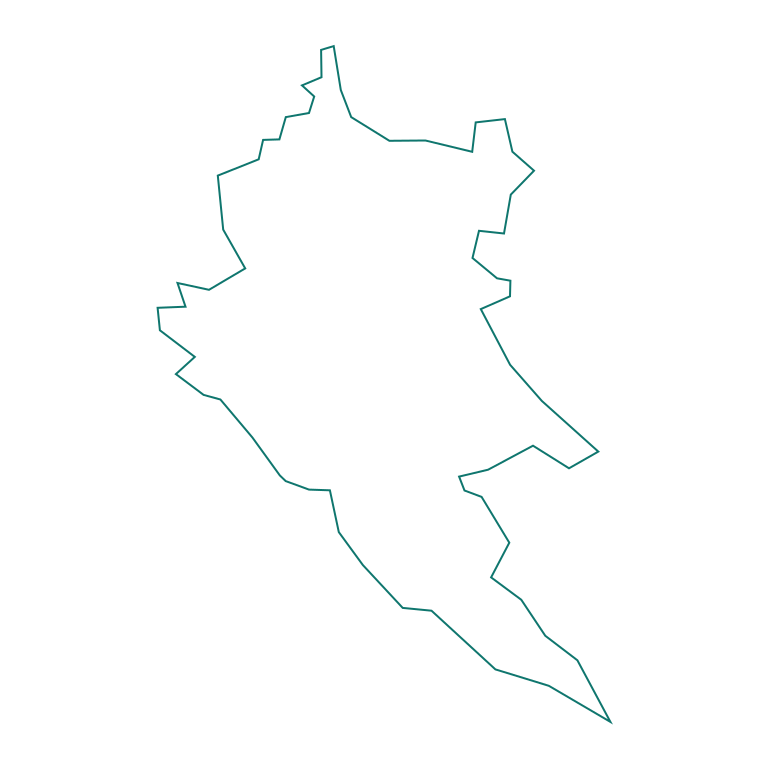 Dzhambay, Samarkand, Uzbekistan (Albers equal-area conic projection)
{"feature_id": "79887680B27058586610976", "entity_name": "Dzhambay", "entity_type": "district", "adm_level": 2, "iso_a3": "UZB", "parent_name": "Uzbekistan", "parent_adm1": "Samarkand", "projection": "albers", "projection_center": [67.125, 39.732], "detail": "fine", "context": "isolated", "style": "outline", "palette": "teal", "viewbox_px": 768, "rotation_deg": 0, "n_neighbors": 0, "source": "geoboundaries", "source_scale": "gbopen_adm2", "svg_char_len": 913}
<svg xmlns="http://www.w3.org/2000/svg" viewBox="0 0 768 768"><path d="M362.9,565.1L402.7,607.9L431.5,610.7L495.4,669.4L548.8,685.8L610.4,721.9L577.4,660.3L545.3,635.8L521.3,599.8L491.1,577.4L509.3,542.7L481.6,496.9L464.5,490.5L459.1,476.6L488.1,469.7L533.0,445.7L569.0,468.3L598.3,451.6L541.9,401.0L510.1,364.8L480.8,309.1L510.0,296.3L510.4,280.7L497.0,278.3L472.5,258.0L479.0,230.8L504.0,233.5L510.8,194.6L534.0,170.7L512.4,151.7L504.9,119.1L475.7,122.4L472.2,151.8L425.4,140.5L389.4,140.8L351.2,117.1L340.8,90.0L333.7,46.1L321.1,49.9L321.5,77.2L302.0,85.4L314.2,96.5L309.0,113.0L285.8,117.1L279.4,139.4L263.1,139.9L258.7,159.3L217.8,175.6L223.2,229.6L245.2,268.4L209.0,289.8L177.5,283.0L185.5,306.7L157.6,307.8L159.9,330.3L194.8,356.9L175.9,374.1L203.6,394.9L220.4,399.5L252.4,437.5L279.8,475.4L285.7,481.1L309.0,489.6L329.9,490.3L338.8,532.1L362.9,565.1Z" fill="none" stroke="#0f766e" stroke-width="2"/></svg>